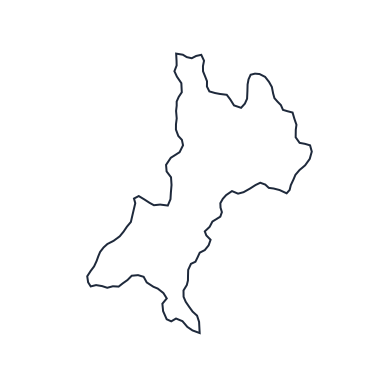 Bela Vista de Minas, Minas Gerais, Brazil (Mercator projection), rotated 72°
{"feature_id": "56859067B3300514991287", "entity_name": "Bela Vista de Minas", "entity_type": "district", "adm_level": 2, "iso_a3": "BRA", "parent_name": "Brazil", "parent_adm1": "Minas Gerais", "projection": "mercator", "projection_center": [-43.103, -19.806], "detail": "fine", "context": "isolated", "style": "outline", "palette": "slate", "viewbox_px": 384, "rotation_deg": 72, "n_neighbors": 0, "source": "geoboundaries", "source_scale": "gbopen_adm2", "svg_char_len": 2097}
<svg xmlns="http://www.w3.org/2000/svg" viewBox="0 0 384 384"><g transform="rotate(72 192 192)"><path d="M328.5,228.3L317.7,225.4L311.2,225.4L305.9,228.4L300.3,230.2L294.5,231.9L289.1,232.4L283.0,230.5L278.9,225.7L274.9,223.2L270.5,221.7L264.9,219.7L260.0,215.2L259.4,210.3L256.1,207.1L252.1,203.4L251.2,197.8L247.9,192.7L243.2,189.1L237.7,191.8L233.4,192.0L230.6,186.0L226.4,181.7L224.2,172.7L220.4,169.8L215.7,169.7L211.4,168.5L208.0,164.8L205.5,160.5L203.5,153.7L207.8,148.7L208.1,143.0L206.7,136.0L205.0,129.4L204.3,124.2L207.6,120.0L211.8,117.7L213.9,113.3L217.2,108.1L222.5,102.4L220.2,98.5L216.0,95.9L211.3,91.5L207.6,88.3L204.3,82.9L201.6,76.2L196.9,69.8L190.6,65.6L184.1,65.3L181.1,69.7L178.5,74.5L172.0,76.5L164.7,74.0L160.4,71.9L153.9,72.0L147.5,71.8L144.7,76.2L142.0,80.1L136.8,80.6L132.4,82.8L128.2,84.6L123.4,84.4L116.8,83.6L111.2,84.7L105.1,86.9L100.7,91.3L98.9,95.5L98.6,100.0L102.3,103.4L106.9,105.9L113.1,108.1L120.3,110.8L124.3,114.4L127.1,119.3L122.6,125.3L115.8,127.0L110.3,128.9L107.3,135.3L105.0,139.5L101.7,144.4L96.3,145.2L91.3,143.5L86.3,143.8L80.6,144.2L75.7,142.7L70.9,140.0L64.4,140.8L63.9,146.0L64.7,150.9L62.1,155.3L58.6,158.3L55.5,164.3L62.6,166.2L66.9,167.5L71.7,171.4L77.6,170.7L85.2,168.5L94.0,170.9L97.4,175.2L101.2,178.6L105.2,179.9L110.0,182.1L117.3,183.8L122.6,186.3L127.7,188.0L134.5,187.7L139.3,185.5L144.8,186.1L150.3,191.5L152.9,201.6L158.2,208.3L164.6,209.8L171.5,207.4L179.0,209.3L186.1,212.3L192.2,214.7L197.4,219.2L194.1,226.2L192.8,232.3L189.2,235.7L184.5,239.5L179.4,243.9L180.3,249.2L185.1,249.4L189.2,251.9L195.8,255.9L201.6,259.4L204.8,264.5L208.6,269.4L211.8,274.4L214.2,281.6L215.3,288.5L217.4,293.2L220.6,297.9L224.2,301.0L228.2,304.1L232.5,308.1L235.8,312.8L239.8,317.7L245.8,318.7L250.5,317.5L250.9,312.0L253.7,306.6L256.9,302.2L257.2,296.4L259.3,291.0L257.5,286.1L255.8,280.6L253.0,275.2L254.4,269.0L257.7,264.2L264.0,263.0L270.2,258.0L273.3,254.4L279.3,250.4L285.4,248.9L289.1,254.7L296.4,256.3L305.2,255.4L308.6,251.7L307.4,246.3L311.9,241.0L318.9,238.1L323.8,234.3L328.5,228.3Z" fill="none" stroke="#1e293b" stroke-width="2"/></g></svg>